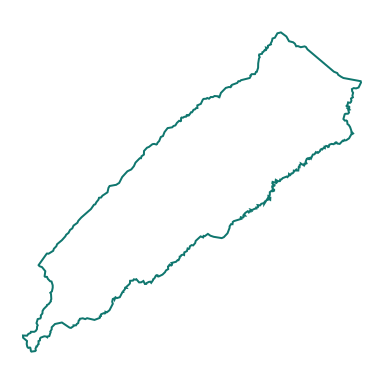 outline of Cocos, Bahia, Brazil
{"feature_id": "56859067B89151730044030", "entity_name": "Cocos", "entity_type": "district", "adm_level": 2, "iso_a3": "BRA", "parent_name": "Brazil", "parent_adm1": "Bahia", "projection": "robinson", "projection_center": [-45.253, -14.545], "detail": "fine", "context": "isolated", "style": "outline", "palette": "teal", "viewbox_px": 384, "rotation_deg": 0, "n_neighbors": 0, "source": "geoboundaries", "source_scale": "gbopen_adm2", "svg_char_len": 5935}
<svg xmlns="http://www.w3.org/2000/svg" viewBox="0 0 384 384"><path d="M360.7,81.2L343.4,78.0L341.0,76.7L338.2,74.8L337.3,73.1L333.9,71.7L311.2,52.5L307.5,49.4L305.9,47.0L304.6,46.4L300.8,47.2L297.9,46.1L296.2,46.3L294.9,43.7L293.2,42.3L289.0,41.2L286.4,36.5L280.9,32.4L277.4,33.3L274.9,37.7L272.5,38.5L271.9,41.2L270.6,43.7L270.9,44.4L268.0,45.7L267.9,47.6L267.3,48.0L266.0,47.6L266.4,49.2L266.0,50.1L265.3,50.3L265.3,49.6L264.7,50.0L263.3,51.9L262.4,52.2L262.1,53.7L259.2,54.5L259.0,55.7L259.7,57.2L259.0,58.4L258.2,63.4L258.1,67.8L256.8,71.8L256.0,71.9L255.0,74.1L251.6,74.2L250.4,75.5L250.8,76.0L249.7,78.0L241.0,80.2L239.8,81.3L238.4,81.2L237.3,82.9L232.1,84.8L231.1,85.7L231.3,86.4L230.6,87.2L228.9,87.0L225.8,87.9L220.9,92.9L219.4,97.3L218.5,97.1L218.1,96.3L214.6,96.0L212.8,97.1L210.8,97.0L209.0,98.7L207.2,98.0L206.3,98.7L203.7,98.9L202.9,99.5L200.8,103.9L197.3,105.4L197.4,108.0L196.1,108.1L194.9,109.4L193.5,109.8L192.5,111.6L191.9,112.3L191.1,112.2L188.9,115.4L187.6,115.7L187.6,115.0L186.7,115.1L186.0,116.7L184.3,116.8L182.9,117.7L181.6,117.5L181.1,118.0L181.0,120.9L180.4,121.2L179.1,120.8L176.9,122.9L175.4,125.4L173.5,126.0L172.2,127.3L167.6,128.1L164.5,132.1L163.0,136.0L160.8,137.0L159.2,141.0L157.5,142.8L157.1,144.0L156.4,144.5L154.1,143.9L152.4,144.2L149.0,146.9L147.0,147.7L144.0,151.0L143.9,154.6L141.5,156.3L141.0,158.2L139.8,158.2L135.5,162.6L133.9,166.2L131.3,169.4L127.4,171.3L122.2,177.0L119.2,182.9L116.2,184.8L109.6,186.0L108.5,187.8L107.5,192.3L102.4,195.7L101.1,197.5L99.0,197.8L98.5,199.6L96.3,202.3L95.3,204.3L93.9,204.8L91.0,209.0L81.3,217.5L78.3,220.8L77.4,222.8L73.5,225.6L72.3,228.4L70.1,229.9L68.5,232.9L66.2,234.7L65.3,236.4L61.9,240.2L57.1,244.2L56.3,246.3L53.9,248.7L53.2,250.8L48.6,253.7L47.0,253.5L46.5,254.0L38.6,265.1L39.5,266.2L42.0,267.1L45.3,271.2L44.6,276.2L45.1,276.8L47.0,276.9L47.8,278.8L50.1,281.2L51.5,281.5L51.8,282.4L52.7,285.3L52.7,287.8L51.9,291.4L50.3,292.8L51.0,293.9L51.3,299.1L50.7,300.6L50.9,301.3L48.6,304.2L47.0,305.0L46.9,305.8L43.8,308.9L42.6,310.9L42.4,313.5L40.8,315.4L40.9,317.2L40.4,318.4L37.7,319.1L36.5,323.1L37.7,325.3L37.1,326.5L36.9,329.2L35.6,331.1L34.2,331.8L30.9,331.8L30.5,333.0L28.4,333.9L27.0,335.7L23.0,335.5L23.1,337.7L27.0,341.0L26.7,344.0L27.3,346.8L28.3,347.9L29.9,347.5L30.4,348.0L30.9,351.0L31.4,351.6L35.1,351.1L35.8,350.5L35.5,348.7L36.4,346.4L37.0,346.5L38.1,344.3L38.6,344.1L38.5,341.1L39.9,340.4L40.0,338.6L40.6,337.7L44.2,336.3L46.1,336.5L47.3,337.3L47.6,336.5L49.3,336.1L50.6,332.2L50.3,331.6L51.7,329.3L51.7,327.3L55.0,324.0L61.9,322.5L69.5,327.6L71.0,327.9L73.7,326.0L73.6,325.3L76.0,325.3L76.8,324.0L78.2,323.1L78.7,320.5L79.4,320.2L79.9,318.8L82.8,318.3L85.2,319.1L87.1,318.2L94.5,319.9L99.5,318.0L100.0,317.6L99.8,316.4L101.0,316.0L100.8,314.7L101.2,314.2L104.0,313.1L104.8,313.5L105.6,312.8L105.5,311.8L107.0,312.2L109.5,310.2L112.8,303.8L112.2,301.7L112.8,299.0L114.3,298.3L114.6,299.4L115.5,297.3L116.9,298.1L119.8,297.2L122.4,292.2L123.4,292.0L123.3,291.0L124.8,289.4L125.1,287.8L126.4,287.9L125.9,287.3L129.4,284.1L129.9,283.3L130.1,280.8L132.9,280.6L133.9,279.3L135.2,279.7L136.3,279.2L139.1,282.4L141.2,282.3L143.4,281.0L144.9,284.0L146.3,283.9L146.5,283.1L148.9,281.9L150.3,281.7L151.2,282.8L153.0,280.2L153.1,279.3L154.3,278.5L155.9,275.6L156.9,275.1L157.7,275.4L157.7,276.3L158.6,276.5L162.5,274.6L165.0,272.2L166.0,270.4L168.2,269.1L168.0,266.5L169.1,265.8L169.3,264.9L169.8,264.5L171.1,265.5L171.8,265.1L172.2,263.5L171.7,262.9L176.0,261.8L177.6,260.1L178.5,260.2L179.7,257.8L179.7,256.6L180.7,256.3L181.4,255.1L183.1,254.6L184.1,255.0L184.3,252.4L186.9,251.1L187.6,248.5L188.7,249.0L189.3,248.6L190.0,246.2L191.6,245.1L193.2,245.4L195.2,243.0L195.7,240.9L200.6,236.4L203.1,237.4L203.6,235.9L204.7,236.2L207.9,233.9L210.4,235.7L213.7,236.8L221.7,238.1L223.8,237.2L227.5,233.3L229.6,227.8L229.6,226.3L231.1,224.1L232.5,224.2L232.8,221.9L233.9,221.1L241.2,218.9L240.6,217.9L240.8,217.2L242.7,217.7L243.6,216.9L243.4,215.7L245.2,215.7L244.1,214.3L245.4,212.8L247.8,211.2L248.8,212.4L249.8,211.1L250.5,211.4L250.6,210.6L251.3,210.7L250.7,209.7L252.0,210.1L254.6,208.8L256.4,208.5L256.2,207.5L257.9,207.2L258.2,206.3L257.7,205.1L260.1,205.4L261.3,203.8L263.7,203.1L264.2,202.5L264.2,203.9L266.9,199.6L267.6,199.9L269.2,199.2L270.2,199.8L270.4,196.8L269.7,198.6L269.1,197.7L267.9,198.0L268.5,196.8L268.4,195.8L269.3,195.9L269.8,195.1L269.8,192.2L271.4,190.9L272.8,191.3L274.1,190.7L274.1,189.7L273.2,189.4L272.5,190.0L272.9,188.0L272.3,187.6L272.2,186.3L274.4,185.7L274.6,185.1L273.3,184.7L272.3,183.2L272.6,181.9L276.3,183.0L277.2,181.9L276.8,181.1L275.7,180.7L275.8,179.9L278.1,181.2L279.9,181.1L280.2,179.5L281.4,179.5L282.7,178.1L286.8,176.5L287.4,177.1L288.8,175.8L289.0,174.0L290.3,175.0L291.5,173.4L292.5,173.4L293.6,172.3L293.8,170.7L294.6,171.0L296.2,169.6L296.6,170.5L298.3,170.5L298.8,166.9L299.6,167.1L299.7,165.0L300.9,164.3L300.8,163.5L303.4,165.1L304.1,164.1L304.4,165.0L305.1,163.9L306.5,163.4L305.7,161.4L306.8,158.8L307.8,158.3L308.1,158.9L309.1,159.2L309.9,158.8L309.5,158.0L310.6,157.6L311.1,158.4L312.8,154.6L314.5,154.3L315.9,152.1L317.0,152.8L317.6,152.2L318.2,152.7L319.9,151.2L320.6,149.5L321.6,149.0L322.1,149.5L323.6,147.9L324.8,148.2L324.6,146.6L325.5,146.6L326.1,145.9L327.3,146.1L328.0,147.1L328.8,146.8L329.3,144.7L331.5,143.9L333.7,144.2L335.3,142.7L335.6,143.2L336.6,142.5L337.4,143.6L339.7,143.9L342.7,140.7L343.3,141.0L344.3,140.0L344.7,140.5L346.3,140.2L349.1,138.3L351.1,134.7L353.1,133.5L352.1,132.3L351.5,132.9L351.3,130.6L350.1,127.1L348.8,125.0L347.5,124.1L347.1,121.1L346.3,120.5L344.8,120.6L343.4,119.0L344.7,114.3L345.4,113.8L348.0,113.7L349.0,112.6L348.3,110.1L349.4,109.7L348.0,108.6L349.2,108.3L349.3,106.9L348.7,106.4L346.9,106.6L346.5,106.0L347.6,104.6L348.1,102.4L350.1,102.8L350.9,102.1L351.4,100.7L351.0,98.5L352.9,97.3L352.4,95.7L353.1,92.8L352.2,91.3L351.9,89.1L353.7,88.1L356.1,88.4L358.6,87.5L361.0,82.5L360.7,81.2Z" fill="none" stroke="#0f766e" stroke-width="2"/></svg>